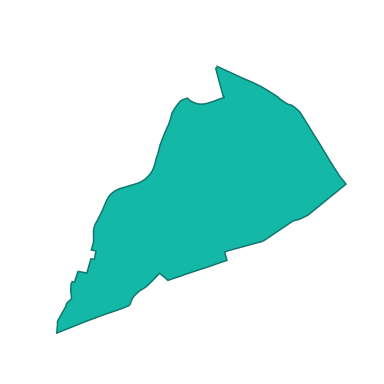 Madinat Nasr-2, Al Qahirah, Egypt, rotated 82°
{"feature_id": "37247803B60267904610722", "entity_name": "Madinat Nasr-2", "entity_type": "district", "adm_level": 2, "iso_a3": "EGY", "parent_name": "Egypt", "parent_adm1": "Al Qahirah", "projection": "natural_earth1", "projection_center": [31.315, 30.048], "detail": "fine", "context": "isolated", "style": "filled", "palette": "teal", "viewbox_px": 384, "rotation_deg": 82, "n_neighbors": 0, "source": "geoboundaries", "source_scale": "gbopen_adm2", "svg_char_len": 5946}
<svg xmlns="http://www.w3.org/2000/svg" viewBox="0 0 384 384"><g transform="rotate(82 192 192)"><path d="M312.9,345.6L305.7,316.4L302.9,303.8L302.0,299.8L301.0,295.0L300.2,290.8L299.0,284.4L298.0,279.6L297.9,279.0L297.7,277.8L297.5,277.3L297.4,276.8L297.3,276.3L297.2,275.8L297.1,275.3L296.8,274.3L296.3,272.3L296.0,271.3L296.0,271.0L295.9,270.7L295.7,270.3L295.5,270.1L295.4,269.9L295.2,269.7L294.9,269.3L294.7,269.1L294.2,268.8L293.9,268.6L293.6,268.4L293.2,268.2L292.8,267.9L292.5,267.8L292.3,267.7L291.7,267.3L291.4,267.2L291.1,267.0L290.6,266.7L290.2,266.5L289.8,266.2L289.3,265.9L289.1,265.8L288.8,265.6L288.6,265.4L288.3,265.2L288.1,264.9L287.6,264.5L287.4,264.2L287.2,264.0L287.0,263.8L286.8,263.5L286.5,263.2L286.3,262.9L286.0,262.5L285.7,262.1L285.4,261.7L285.2,261.4L283.9,259.7L283.7,259.2L283.3,258.7L283.1,258.3L282.7,257.8L282.2,256.9L281.9,256.1L281.2,254.3L280.4,252.5L279.7,251.1L279.2,250.3L278.6,249.4L278.4,249.0L278.1,248.7L277.9,248.4L277.7,248.0L276.7,246.7L275.8,245.4L274.8,244.1L273.8,242.9L271.2,239.5L268.0,235.4L274.2,229.8L276.2,228.1L276.1,227.7L276.0,227.3L275.9,227.0L275.9,226.6L275.8,226.3L275.7,225.9L275.6,225.5L275.5,225.0L275.4,224.3L275.2,223.6L275.1,222.9L275.0,222.3L274.2,217.8L273.4,213.4L273.1,212.3L272.8,211.1L272.2,207.7L271.5,203.9L270.0,195.6L268.1,185.0L266.6,177.6L266.3,176.1L265.7,173.2L264.6,166.9L256.1,168.0L256.0,167.7L255.9,167.3L255.9,166.9L255.8,166.6L255.7,166.2L255.6,165.8L255.5,165.5L255.4,165.1L255.3,164.7L255.2,164.4L255.1,163.9L251.4,135.0L251.3,134.1L251.2,132.8L251.1,131.6L251.0,131.2L251.0,130.9L250.9,130.6L250.8,130.2L250.8,129.9L250.7,129.6L250.6,129.3L250.4,128.7L250.3,128.3L250.2,128.0L250.1,127.6L249.9,127.2L249.8,126.8L249.6,126.5L249.5,126.1L249.3,125.7L249.0,125.2L243.1,113.1L236.0,98.5L235.8,98.1L235.6,97.8L235.4,97.4L235.3,97.0L235.1,96.7L235.0,96.3L234.9,95.9L234.7,95.5L234.7,95.3L234.6,94.9L234.5,94.5L234.4,94.1L234.4,93.7L234.2,91.5L234.3,91.2L234.2,90.9L234.2,90.6L234.1,90.3L234.0,89.7L233.9,89.4L233.8,89.0L233.7,88.6L233.6,88.3L233.5,87.9L233.2,86.8L232.8,85.6L232.4,84.5L232.1,83.4L231.7,82.3L231.4,81.3L231.2,80.8L231.0,80.4L230.9,80.2L230.8,79.9L230.6,79.6L230.4,79.3L230.2,79.0L228.9,76.9L227.7,74.8L226.4,72.7L224.8,70.1L223.6,68.0L222.5,66.3L222.4,66.1L221.8,65.0L221.1,64.0L220.5,62.9L219.9,61.9L219.3,60.9L218.7,60.0L218.1,59.0L217.1,57.4L216.1,55.8L214.9,53.8L213.7,51.7L211.0,47.2L209.1,44.1L207.4,41.2L205.6,38.4L205.0,38.7L203.7,39.4L201.7,40.7L198.7,42.5L195.6,44.2L192.0,45.8L190.1,46.7L188.9,47.2L188.1,47.7L186.8,48.2L185.5,48.8L182.9,49.9L181.8,50.4L180.7,51.0L179.4,51.5L178.2,52.0L176.6,52.7L175.1,53.3L171.8,54.7L170.5,55.3L169.1,55.9L166.5,57.0L160.8,59.4L160.5,59.6L150.2,64.2L139.1,69.0L129.1,73.4L128.0,74.0L127.0,74.6L125.2,76.1L122.8,78.2L121.3,79.7L120.2,80.9L119.6,82.0L119.2,82.9L119.0,83.4L118.7,84.2L118.3,85.0L117.2,86.4L113.5,90.6L111.4,92.6L110.1,93.4L102.5,102.3L97.3,108.7L91.5,117.4L85.6,127.1L78.4,138.3L75.8,142.4L71.1,149.5L71.4,149.5L72.8,150.3L72.8,151.3L84.9,149.9L101.4,147.8L101.8,147.3L102.9,147.1L103.2,148.9L103.9,152.2L104.3,154.2L105.4,159.1L105.9,162.1L106.3,164.5L106.5,167.5L106.4,169.7L106.1,171.6L105.8,172.9L104.9,175.5L103.7,177.6L102.1,180.0L100.3,182.1L98.4,183.5L98.7,185.3L99.2,187.7L99.9,190.1L101.4,192.1L104.2,195.0L107.1,197.7L110.7,200.6L112.6,201.6L115.0,202.4L116.8,203.2L119.1,204.3L122.6,206.2L124.4,207.5L130.8,211.4L135.5,214.1L140.2,216.6L141.0,217.0L141.8,217.4L145.6,219.0L149.7,220.6L152.4,222.1L153.7,222.7L154.8,223.1L156.1,223.7L157.5,224.3L158.8,224.8L160.2,225.4L160.5,225.5L160.9,225.7L161.1,225.8L161.6,226.1L162.1,226.4L162.9,226.8L163.7,227.2L164.0,227.5L164.3,227.6L164.6,227.8L164.9,228.0L165.2,228.2L165.4,228.4L165.6,228.5L165.8,228.7L165.9,228.8L166.1,228.9L166.5,229.3L167.0,229.7L167.5,230.2L168.1,230.4L168.2,230.7L168.4,230.9L168.5,231.1L168.8,231.4L169.0,231.6L169.3,232.0L169.6,232.4L170.0,232.9L170.3,233.4L170.8,233.9L171.0,234.2L171.3,234.5L171.7,235.1L171.9,235.4L172.1,235.7L172.3,235.9L172.4,236.2L172.7,236.7L173.0,237.1L173.2,237.6L173.4,238.0L173.8,238.8L174.0,239.2L174.2,239.6L174.5,240.2L174.6,240.5L174.7,240.9L174.8,241.2L175.0,241.8L175.1,242.2L175.3,242.6L175.4,243.0L175.5,243.6L175.6,244.0L175.7,244.5L175.8,244.9L176.1,246.4L176.3,247.9L176.6,249.4L176.8,250.9L177.0,252.4L177.3,254.0L177.5,255.6L177.7,257.1L177.9,258.4L178.1,259.8L178.3,261.1L178.5,262.4L178.5,262.8L178.6,263.0L178.6,263.3L178.7,263.6L178.7,263.8L178.8,264.1L178.9,264.3L178.9,264.6L179.2,265.4L179.4,265.8L179.5,266.3L179.7,266.7L180.0,267.5L180.2,268.0L180.5,268.6L180.7,269.0L180.9,269.4L181.0,269.7L181.2,270.0L181.4,270.4L181.8,271.1L182.1,271.5L182.4,271.9L182.6,272.3L182.9,272.7L183.2,273.0L183.4,273.4L183.6,273.6L183.8,273.9L184.1,274.2L184.4,274.4L184.6,274.7L184.8,274.9L185.0,275.0L185.4,275.4L186.0,275.9L186.6,276.4L187.2,276.8L187.8,277.3L189.0,278.1L189.7,278.5L190.3,278.9L191.5,279.6L192.7,280.3L193.8,281.0L195.0,281.7L197.7,283.3L200.3,285.0L201.1,285.5L203.4,287.2L204.0,287.6L204.6,288.0L205.2,288.4L205.8,288.9L206.4,289.3L206.9,289.6L207.3,290.0L208.1,290.6L208.9,291.2L209.3,291.5L209.7,291.8L210.1,292.0L210.4,292.3L210.8,292.5L211.2,292.8L211.5,292.9L211.8,293.1L212.1,293.2L212.3,293.4L212.6,293.5L212.9,293.6L213.6,293.9L214.1,294.1L214.6,294.3L214.9,294.4L215.2,294.5L215.6,294.6L216.1,294.7L216.3,294.8L216.8,294.9L217.3,295.0L217.8,295.1L218.3,295.2L218.9,295.3L220.2,295.4L220.8,295.5L222.3,295.7L223.4,295.8L224.0,295.9L224.5,295.9L225.0,296.0L225.5,296.1L226.0,296.2L226.8,296.3L227.7,296.5L227.9,296.6L228.2,296.6L228.4,296.7L228.6,296.8L228.8,296.9L229.1,297.0L235.5,299.8L236.9,295.3L245.0,298.0L244.1,301.4L257.6,307.4L254.8,315.9L257.1,317.1L261.7,319.4L265.0,320.8L264.0,323.1L266.7,324.7L274.0,326.0L277.2,325.9L279.5,326.0L280.4,326.1L281.3,326.6L282.9,329.1L284.6,331.3L285.7,332.1L288.0,333.1L301.0,343.0L301.9,343.4L302.7,343.3L303.4,343.4L312.9,345.6Z" fill="#14b8a6" stroke="#0f766e" stroke-width="1.5"/></g></svg>